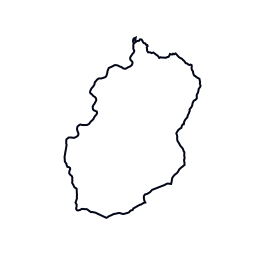 Morro Agudo, São Paulo, Brazil (Mercator projection), rotated 57°
{"feature_id": "56859067B75042481865751", "entity_name": "Morro Agudo", "entity_type": "district", "adm_level": 2, "iso_a3": "BRA", "parent_name": "Brazil", "parent_adm1": "São Paulo", "projection": "mercator", "projection_center": [-48.177, -20.691], "detail": "fine", "context": "isolated", "style": "outline", "palette": "ink", "viewbox_px": 256, "rotation_deg": 57, "n_neighbors": 0, "source": "geoboundaries", "source_scale": "gbopen_adm2", "svg_char_len": 4127}
<svg xmlns="http://www.w3.org/2000/svg" viewBox="0 0 256 256"><g transform="rotate(57 128 128)"><path d="M69.3,86.2L69.9,87.5L71.0,88.5L72.2,88.8L74.8,88.3L75.9,88.8L76.7,89.6L77.4,90.8L77.5,93.0L77.1,95.0L77.1,97.2L76.6,98.4L75.3,99.6L73.8,100.1L72.8,100.7L71.6,101.7L70.4,102.2L69.1,103.4L68.1,104.7L67.9,105.8L67.8,107.6L67.2,111.5L68.4,113.2L69.1,114.2L70.2,115.0L71.3,116.3L72.1,117.2L72.8,118.3L72.9,119.7L72.6,120.9L72.3,122.0L71.9,123.4L71.1,124.6L70.5,125.7L70.6,127.7L71.2,129.4L71.5,130.8L73.4,132.7L74.2,134.5L74.6,135.9L74.9,137.1L75.6,138.3L76.2,139.2L77.3,140.4L78.7,140.6L79.8,140.0L81.6,139.8L82.7,139.5L84.1,138.8L85.5,138.7L86.6,139.0L87.7,139.8L88.3,141.0L89.3,142.7L90.0,144.7L91.0,146.1L92.2,146.7L93.4,147.2L94.4,147.1L97.2,145.2L98.7,145.9L99.4,146.9L100.4,150.1L101.6,152.1L102.0,153.4L102.2,154.7L102.4,156.1L103.4,158.4L103.1,160.8L102.6,161.7L101.4,163.5L100.5,164.8L99.1,166.1L99.0,168.1L99.4,169.7L100.5,170.9L101.7,171.6L103.3,172.1L104.8,172.3L106.0,172.8L107.0,173.8L107.3,175.5L107.1,177.4L106.9,178.6L106.1,179.6L105.2,180.6L104.5,181.6L103.7,182.9L103.9,185.4L104.6,186.5L106.1,187.4L107.2,188.2L108.6,188.6L111.3,191.0L112.8,192.4L114.1,193.7L115.6,195.0L117.6,196.9L120.5,198.5L121.7,199.2L124.6,199.2L125.8,199.7L127.5,200.0L129.1,198.6L130.1,198.4L131.0,198.9L131.7,199.9L132.8,201.2L134.1,202.0L135.7,201.9L137.8,201.3L139.1,201.6L140.5,202.6L142.1,203.5L143.5,204.7L145.1,204.8L146.5,204.9L147.9,205.2L149.0,205.1L149.9,204.5L151.1,204.2L152.1,204.8L154.6,206.3L156.3,207.2L157.8,208.4L159.2,209.1L160.2,210.4L161.2,211.5L161.8,212.5L162.8,212.8L164.1,212.7L165.9,213.9L167.0,215.2L168.1,215.6L169.1,215.6L170.0,214.7L170.6,212.9L170.7,210.8L171.6,209.5L172.6,208.4L173.3,207.1L174.3,206.4L176.2,205.8L177.2,205.4L178.4,204.8L179.2,203.5L180.4,202.3L181.4,201.3L183.3,200.2L191.5,195.1L191.7,193.7L191.6,192.6L191.7,191.4L192.0,190.0L192.2,188.4L192.4,186.7L193.0,185.4L193.4,184.4L193.8,183.1L194.6,181.5L195.7,180.5L197.3,179.2L198.0,177.8L198.3,176.5L198.9,175.0L199.3,172.9L198.7,171.6L198.8,170.2L199.3,168.8L198.4,167.3L198.8,160.1L199.3,158.8L199.3,157.1L199.4,155.5L199.9,154.1L198.7,154.0L197.4,153.7L196.1,153.2L194.9,152.6L193.6,151.5L193.0,150.1L193.7,147.7L193.8,144.5L193.4,143.0L193.0,141.5L195.8,128.0L195.8,126.4L196.2,125.0L196.9,124.1L197.7,123.2L198.4,122.3L196.4,120.3L194.6,118.7L193.9,117.9L193.3,116.4L192.8,115.0L192.6,113.7L192.5,112.1L192.3,110.8L191.3,108.8L190.6,107.5L190.4,106.1L190.1,104.7L190.1,103.4L189.9,102.3L189.8,100.7L188.5,99.9L187.5,99.4L186.5,99.0L185.3,98.4L184.5,97.3L183.3,96.5L181.6,95.8L180.5,94.9L178.9,93.9L177.3,93.9L176.3,93.5L175.0,93.3L173.2,93.5L171.3,93.8L169.5,93.6L167.5,93.5L165.6,93.5L164.7,93.1L163.4,92.4L162.1,91.4L160.6,90.8L158.8,90.4L158.1,89.2L157.7,88.2L157.1,87.0L156.8,85.0L156.9,83.1L155.7,81.9L154.8,80.2L155.3,79.2L153.6,77.8L152.7,76.4L152.2,75.4L151.9,74.4L151.6,73.4L151.3,72.3L150.3,71.4L149.4,70.1L148.7,68.8L147.9,67.9L147.3,66.9L146.1,66.4L145.5,65.1L145.1,63.6L144.6,62.7L143.9,61.7L143.1,61.0L142.3,60.2L141.6,59.2L140.9,57.7L141.2,56.3L140.9,55.1L140.5,54.0L139.5,53.5L138.0,52.6L137.1,51.5L136.6,50.3L135.7,49.3L134.7,48.2L133.8,47.6L133.2,46.1L132.6,44.6L131.7,44.0L130.5,43.8L129.5,43.3L128.6,42.4L127.0,41.9L125.7,41.3L124.5,41.9L123.4,42.5L122.4,43.0L121.1,43.2L120.2,43.9L118.9,43.8L117.2,43.3L115.7,42.6L114.1,42.8L112.6,42.2L111.0,40.9L109.8,40.4L108.9,41.0L108.5,42.3L107.4,42.9L106.0,43.3L105.1,44.3L103.9,44.3L102.6,44.3L100.6,44.9L99.4,45.0L98.0,45.9L96.6,46.6L95.0,46.9L93.9,47.1L92.8,47.2L91.4,47.5L91.3,49.2L90.2,49.7L90.4,51.1L88.8,52.5L89.7,53.7L90.4,55.3L89.9,56.3L89.8,57.9L88.6,59.4L87.6,61.0L86.4,62.2L86.3,63.6L84.5,63.6L83.3,63.8L81.8,64.5L80.1,65.0L78.5,65.7L78.0,67.4L76.5,68.3L75.5,69.9L73.6,69.9L72.3,69.1L70.6,68.4L70.0,66.9L68.9,66.7L68.2,67.5L66.5,67.4L65.7,68.3L64.4,68.7L62.5,68.4L61.1,68.5L60.2,69.7L60.9,71.2L60.2,72.5L60.0,74.0L60.1,75.0L58.6,74.3L57.5,73.3L56.4,72.3L56.1,74.6L57.0,75.7L57.9,76.5L59.3,77.0L60.4,77.2L61.3,78.4L63.1,79.4L64.1,80.2L65.0,80.5L66.7,80.7L67.9,82.2L68.2,83.6L68.8,85.0L69.3,86.2Z" fill="none" stroke="#020617" stroke-width="2"/></g></svg>